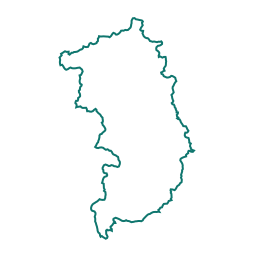 Domingos Martins, Espírito Santo, Brazil, rotated 87°
{"feature_id": "56859067B46738246556776", "entity_name": "Domingos Martins", "entity_type": "district", "adm_level": 2, "iso_a3": "BRA", "parent_name": "Brazil", "parent_adm1": "Espírito Santo", "projection": "albers", "projection_center": [-40.844, -20.318], "detail": "fine", "context": "isolated", "style": "outline", "palette": "teal", "viewbox_px": 256, "rotation_deg": 87, "n_neighbors": 0, "source": "geoboundaries", "source_scale": "gbopen_adm2", "svg_char_len": 5804}
<svg xmlns="http://www.w3.org/2000/svg" viewBox="0 0 256 256"><g transform="rotate(87 128 128)"><path d="M18.6,115.7L18.7,117.4L19.6,118.0L21.0,118.8L22.7,118.9L23.8,119.0L24.8,119.4L26.1,119.6L27.8,120.2L30.1,122.9L30.2,124.3L29.9,125.6L30.6,127.3L30.4,128.5L30.5,129.8L31.7,130.6L32.6,131.5L33.5,132.6L34.1,134.0L34.1,135.1L32.9,136.1L32.2,137.6L33.0,138.5L35.2,140.1L36.4,141.6L35.7,143.0L35.6,144.3L35.2,147.5L35.2,149.0L35.2,150.6L34.8,152.1L36.1,152.4L37.2,153.4L38.7,153.4L39.8,153.6L40.5,154.6L41.6,155.0L42.1,156.4L42.5,158.2L42.1,159.4L41.1,160.6L41.7,162.0L43.4,162.8L44.9,163.7L45.0,165.0L44.9,166.3L44.1,168.2L46.1,168.9L47.1,170.2L47.2,171.4L49.0,174.4L49.3,176.2L49.3,177.9L50.0,179.2L49.9,180.4L50.8,181.4L51.7,182.5L50.9,183.6L49.9,183.4L48.7,183.3L48.8,185.3L48.1,186.9L48.7,188.0L49.4,189.1L50.4,191.0L51.9,190.4L54.1,192.7L55.3,192.3L56.6,192.2L57.9,192.5L59.2,192.6L60.6,192.5L61.8,192.2L61.4,190.5L62.8,189.5L64.5,188.7L65.8,187.8L66.6,186.7L66.1,185.0L65.0,183.3L64.6,182.1L65.2,181.2L65.5,180.0L65.6,178.5L65.6,177.1L65.3,175.4L65.1,173.1L66.0,172.2L67.2,170.9L69.2,170.3L72.5,172.1L72.9,173.6L74.5,173.3L76.0,173.1L77.7,173.7L79.4,173.9L81.2,173.5L82.2,172.0L83.3,172.2L84.4,173.4L85.7,173.9L87.3,174.0L88.1,175.1L89.7,175.1L91.2,174.3L92.7,174.1L93.8,174.2L94.8,175.2L95.5,176.3L97.1,176.3L98.2,176.9L98.1,178.4L99.5,179.1L100.6,179.2L101.4,178.3L102.9,178.1L104.6,178.6L104.2,177.3L104.2,176.0L103.9,174.3L105.0,173.4L105.6,172.1L105.6,168.8L106.8,168.2L109.1,167.9L109.1,166.5L109.6,165.2L109.8,163.8L109.3,162.2L108.1,160.9L107.2,159.4L108.2,158.5L109.4,158.6L110.5,157.7L111.6,156.8L112.8,155.4L113.7,154.7L115.0,154.1L116.3,152.9L117.5,152.9L118.8,152.7L120.5,152.8L121.3,153.9L122.5,153.3L123.7,153.1L124.8,152.1L126.4,151.2L127.9,150.6L129.3,150.9L131.7,154.0L132.6,154.6L132.8,156.0L134.0,156.9L135.6,157.0L137.9,157.6L139.3,158.3L140.7,158.6L141.5,159.5L142.8,160.3L143.9,160.8L145.2,161.8L146.1,160.6L146.5,158.8L146.0,157.2L146.0,155.4L146.5,153.8L147.8,152.4L148.6,151.2L148.2,149.6L148.8,148.6L149.8,147.8L149.8,146.4L151.0,145.4L152.5,144.8L153.5,144.1L154.2,142.8L154.7,141.6L155.5,140.8L156.3,139.5L157.8,139.2L159.1,139.2L161.1,138.0L162.4,137.9L163.6,138.1L165.9,139.1L166.4,140.5L165.6,142.4L165.4,143.9L164.6,145.0L164.2,146.6L164.9,148.0L164.9,149.4L164.1,150.5L163.3,152.4L164.0,154.1L165.2,154.7L166.3,155.4L167.6,155.5L168.7,154.8L170.0,154.9L171.3,154.5L172.0,153.1L172.2,151.7L173.9,151.2L175.0,151.8L175.3,153.2L175.9,154.4L177.0,155.2L178.4,155.8L179.7,156.1L181.5,156.8L182.4,155.2L184.1,155.2L185.4,155.2L186.8,155.2L188.3,154.5L189.5,155.3L190.8,153.9L193.6,153.8L194.9,154.2L196.7,154.4L198.4,155.3L198.5,156.9L198.2,158.8L197.6,160.1L198.6,161.2L199.7,162.6L200.5,164.2L201.2,165.3L201.8,166.5L202.5,167.4L204.1,168.5L206.0,169.1L207.6,169.0L208.8,168.1L209.1,167.1L209.6,165.8L211.2,164.9L212.6,165.0L215.0,165.9L216.2,165.5L217.9,165.5L219.6,165.7L221.1,165.1L223.1,164.7L224.9,164.2L226.3,164.0L227.4,163.8L229.1,163.7L230.8,163.1L231.8,161.9L233.0,161.6L234.1,161.5L235.2,161.0L234.5,159.8L235.7,158.5L237.4,156.0L236.7,154.6L235.4,154.1L234.1,154.6L232.7,155.3L229.2,155.2L228.5,154.2L229.2,153.3L229.0,152.0L229.1,150.8L229.8,149.5L228.0,149.5L226.9,150.5L225.6,150.6L224.6,149.2L223.4,148.2L222.2,147.4L222.2,145.6L221.0,146.0L220.1,147.1L219.0,147.5L217.9,147.2L217.4,146.1L217.0,145.0L217.7,143.3L218.6,141.5L220.4,138.8L220.7,137.4L220.6,135.9L220.0,134.7L220.7,133.7L221.0,132.0L221.5,130.8L222.2,129.6L222.1,128.4L222.0,127.2L221.6,125.6L221.6,124.1L221.4,122.6L221.5,120.9L221.8,119.6L221.0,118.1L219.6,117.3L218.6,116.2L217.0,114.5L215.9,113.2L215.2,112.1L215.0,110.7L214.0,109.0L213.3,107.2L213.2,105.2L213.4,103.6L213.1,102.4L213.4,101.1L212.3,101.7L211.3,101.9L210.7,100.8L209.3,99.9L209.0,98.2L206.9,97.2L205.7,96.2L205.6,94.6L205.6,92.9L204.5,91.9L203.0,91.2L202.7,89.7L202.3,88.3L201.1,89.0L199.8,88.1L198.3,88.1L196.0,88.1L195.0,88.7L194.0,88.3L192.6,88.8L191.5,88.5L191.7,86.8L192.5,84.7L191.6,83.7L190.4,82.9L188.7,81.9L187.3,79.7L185.9,78.9L185.0,77.4L183.6,77.1L182.2,77.0L180.3,77.7L178.8,77.0L177.7,77.5L174.3,76.2L173.0,76.2L171.9,75.4L170.8,75.4L169.5,75.5L168.3,75.3L166.7,75.6L165.3,76.2L164.2,76.9L162.9,77.5L161.5,77.0L160.5,75.2L159.8,73.1L159.4,71.4L158.0,71.5L157.0,70.5L156.3,69.2L155.1,69.2L154.0,68.7L154.2,67.1L155.0,66.2L155.2,64.5L154.0,63.3L153.3,64.9L152.1,66.4L151.0,66.3L149.6,67.0L148.1,66.8L146.8,66.1L145.8,67.6L144.7,67.5L142.7,67.7L141.1,68.1L140.6,69.8L140.0,71.0L138.6,71.7L136.8,71.5L135.6,71.0L135.8,69.6L135.2,68.6L134.0,67.8L132.6,68.7L130.7,69.4L129.3,70.1L129.2,71.4L129.0,72.7L128.0,73.1L126.9,73.7L125.7,74.5L124.4,75.1L123.2,75.4L122.0,76.1L121.7,77.5L120.9,78.4L120.2,77.3L119.0,78.4L117.4,78.6L116.3,77.5L115.1,77.3L114.9,78.7L113.4,78.6L112.1,79.3L110.9,79.3L109.9,80.2L108.2,80.4L107.0,81.0L106.6,82.4L105.4,83.0L104.5,81.9L103.4,81.3L102.2,81.8L100.2,82.3L98.6,82.4L97.3,82.9L95.9,81.4L94.8,80.5L90.8,81.4L89.3,81.2L88.1,80.3L86.4,79.5L84.8,78.4L83.8,77.3L82.4,77.8L81.3,78.0L80.3,78.2L79.6,79.1L78.5,80.8L78.2,82.1L79.2,83.3L79.6,84.8L79.7,86.4L79.0,87.9L78.1,89.6L76.5,90.2L75.7,91.7L74.3,92.0L73.9,90.9L73.0,89.6L72.7,88.5L70.7,89.2L69.6,88.6L68.6,87.8L67.8,87.1L66.3,86.8L64.8,86.7L63.6,86.4L62.0,86.6L60.3,86.6L59.0,86.8L58.9,88.4L59.5,90.0L58.9,91.0L58.2,92.2L58.7,93.5L57.3,93.6L55.7,92.9L54.2,92.9L52.8,94.0L51.7,95.5L50.4,95.7L48.9,95.4L47.5,93.8L47.3,92.0L46.8,90.8L45.9,89.6L44.3,89.5L43.2,90.3L43.6,91.3L43.4,93.0L43.8,94.5L43.4,96.0L43.0,97.4L43.2,99.0L42.7,100.1L42.3,101.5L40.5,102.5L39.3,103.6L39.2,104.9L38.4,106.3L37.1,107.5L34.1,108.6L32.9,108.0L31.8,107.8L31.6,109.6L30.5,110.7L28.7,109.8L26.1,107.9L24.8,108.4L23.5,108.5L22.6,107.6L21.6,108.1L21.1,109.3L20.8,110.7L20.2,112.7L19.8,114.5L18.6,115.7Z" fill="none" stroke="#0f766e" stroke-width="2"/></g></svg>